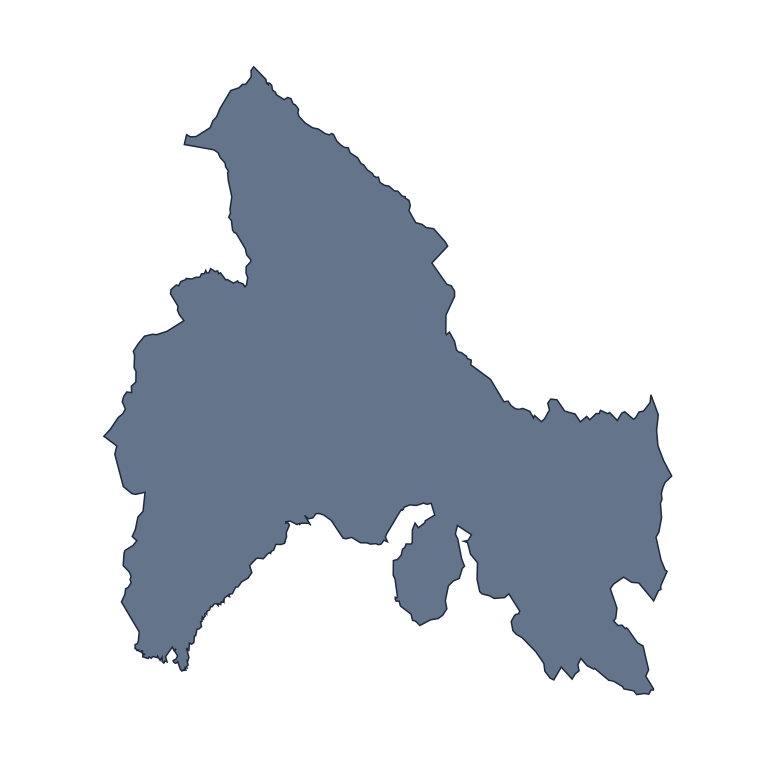 Buncrana Lea-5, Donegal, Ireland, rotated 267°
{"feature_id": "5873133B98241361012994", "entity_name": "Buncrana Lea-5", "entity_type": "district", "adm_level": 2, "iso_a3": "IRL", "parent_name": "Ireland", "parent_adm1": "Donegal", "projection": "equal_earth", "projection_center": [-7.424, 55.085], "detail": "fine", "context": "isolated", "style": "filled", "palette": "slate", "viewbox_px": 768, "rotation_deg": 267, "n_neighbors": 0, "source": "geoboundaries", "source_scale": "gbopen_adm2", "svg_char_len": 6145}
<svg xmlns="http://www.w3.org/2000/svg" viewBox="0 0 768 768"><g transform="rotate(267 384 384)"><path d="M277.0,666.5L292.9,659.2L308.0,654.3L323.5,653.8L338.9,656.3L359.2,650.0L351.6,648.8L343.4,641.8L342.7,637.2L337.0,633.4L335.7,631.3L343.7,622.9L342.5,619.9L335.3,615.1L343.7,607.9L342.6,606.0L346.3,598.8L343.2,597.3L343.4,594.4L337.5,587.6L341.0,584.7L335.9,578.1L344.1,573.2L347.4,563.1L359.2,555.9L360.2,549.7L356.2,546.5L349.4,547.9L340.8,542.5L338.2,539.2L344.7,532.6L342.2,531.5L349.1,528.2L352.4,521.2L351.6,518.2L352.3,514.1L355.7,509.8L360.4,507.0L360.0,502.8L383.1,490.6L398.6,471.7L403.3,472.4L405.1,468.5L407.4,467.8L411.5,462.6L412.1,460.0L414.5,458.1L422.8,456.7L432.4,452.1L430.0,448.9L431.4,448.4L449.6,449.5L467.8,459.1L473.1,459.3L478.5,456.4L480.3,451.9L502.3,438.1L518.3,454.8L522.6,452.7L536.5,441.7L538.0,434.4L541.4,430.3L543.5,424.1L555.6,418.1L561.1,419.6L566.1,418.5L568.5,415.0L570.0,415.0L570.5,412.2L575.9,407.8L576.3,404.5L581.4,399.2L582.4,394.9L585.5,390.5L590.9,389.2L590.7,387.2L592.5,384.4L594.9,383.4L598.8,378.4L603.9,375.2L605.3,372.6L611.2,369.6L616.7,362.2L621.8,360.7L622.4,356.7L625.0,353.3L629.0,349.6L635.9,346.6L636.9,344.9L635.7,342.5L637.0,338.5L642.1,331.7L643.6,326.1L648.8,318.9L655.7,313.1L659.2,312.2L662.9,313.1L667.4,310.0L668.4,307.9L673.8,306.1L675.2,302.8L673.2,299.2L678.5,291.7L681.2,290.8L683.2,288.1L688.1,287.5L690.2,285.8L690.7,284.1L689.1,284.1L690.7,282.4L694.4,282.0L707.6,270.4L704.1,267.7L697.6,267.4L691.9,262.7L690.4,261.1L690.7,258.5L687.4,254.7L685.1,246.3L667.8,234.7L659.6,230.8L656.0,227.0L649.1,223.8L640.9,209.3L641.0,203.5L643.3,199.9L633.6,197.1L626.8,226.3L623.7,230.3L618.4,232.4L613.2,236.8L609.1,237.2L604.7,239.9L603.2,238.9L595.3,239.2L578.8,241.8L566.4,239.3L562.7,239.7L558.8,237.6L555.1,240.2L545.9,240.8L543.2,242.2L542.2,244.3L526.3,252.6L520.1,253.6L514.9,257.5L513.2,257.4L508.4,252.5L502.1,252.0L497.2,253.5L489.7,251.7L488.4,250.1L491.4,248.5L493.2,243.9L494.6,243.3L492.6,238.9L496.5,233.1L496.3,231.4L503.6,226.5L502.8,224.5L505.7,223.8L505.1,221.2L508.3,216.9L504.1,214.8L504.2,212.9L506.7,212.0L503.5,210.3L503.6,207.5L500.3,205.7L500.4,201.5L498.9,197.6L499.8,191.9L498.7,191.7L497.0,186.5L492.9,184.1L493.8,181.8L489.5,176.3L485.3,175.5L472.3,182.4L468.5,181.6L463.9,183.3L457.7,187.5L448.0,170.1L445.1,159.3L445.8,155.6L444.3,147.3L437.3,140.9L429.7,135.3L425.8,136.4L413.3,135.3L409.4,137.0L399.0,136.3L395.0,131.6L388.6,131.5L389.5,126.7L385.2,123.4L380.0,121.7L372.6,124.4L368.0,121.6L364.4,116.8L353.2,108.4L346.5,101.5L336.1,113.9L328.0,111.5L295.2,118.3L287.6,126.7L286.8,130.4L288.4,139.7L269.5,136.7L264.0,131.3L251.8,128.1L244.9,124.6L240.4,129.0L235.9,124.9L231.4,116.7L228.8,115.6L216.3,114.0L209.8,119.7L204.9,121.4L202.2,120.2L198.7,121.1L194.2,117.8L193.0,115.2L187.9,114.4L180.1,110.4L149.2,126.6L139.8,125.1L137.7,124.1L136.8,121.8L132.3,121.5L133.1,122.0L131.0,123.2L131.4,124.8L130.6,124.5L128.9,127.7L130.2,128.0L130.0,128.9L128.3,128.3L126.2,131.3L126.9,129.0L124.2,128.8L122.2,134.0L123.7,135.3L122.3,137.2L124.0,139.0L122.6,143.2L124.1,143.6L119.7,146.0L122.8,148.1L118.4,148.0L116.8,149.5L118.7,150.6L117.8,152.8L123.2,151.6L132.3,158.8L128.9,160.3L130.5,162.4L128.1,161.0L123.2,163.7L120.0,161.7L118.9,159.0L117.7,159.1L116.0,161.0L116.6,163.0L118.3,163.3L109.6,165.7L107.9,167.2L109.9,170.1L108.5,169.6L108.6,171.2L111.2,170.5L110.8,172.4L111.8,171.9L113.7,173.7L118.2,172.9L117.9,173.7L121.1,174.9L129.1,173.2L128.5,173.9L129.8,173.7L128.6,175.3L135.5,176.1L134.2,178.2L135.7,180.6L142.3,181.5L142.5,182.8L149.0,184.4L149.1,186.4L151.3,189.1L156.1,188.4L156.5,189.8L159.9,190.2L159.1,191.1L160.3,190.9L159.6,191.5L161.7,193.3L163.8,193.0L164.4,194.3L163.5,194.9L166.2,195.2L167.6,198.0L170.8,199.1L170.5,200.6L173.3,202.9L173.4,205.4L171.5,206.8L173.2,207.0L172.4,209.5L174.6,209.7L174.5,211.9L175.8,212.2L174.8,212.8L178.4,213.2L180.8,216.4L179.7,218.7L182.1,218.2L182.6,221.6L188.9,225.2L189.0,227.6L193.8,231.4L197.2,238.0L202.6,242.1L209.7,240.3L216.0,246.9L216.8,248.7L215.8,254.3L220.7,259.2L221.5,260.8L220.7,261.9L222.8,262.6L223.8,265.1L229.5,267.6L229.1,272.5L230.1,276.3L232.1,276.9L231.1,277.7L232.3,276.9L236.4,278.7L240.6,278.6L248.1,282.2L250.6,280.6L250.2,278.7L251.5,278.7L252.0,283.1L248.2,289.7L249.1,291.9L248.1,292.4L249.4,293.9L248.7,302.2L246.6,303.5L257.0,297.9L253.3,301.3L254.0,305.9L258.2,309.5L257.9,313.0L256.5,316.8L250.5,324.2L232.2,335.0L231.4,337.8L232.5,343.7L226.7,352.2L226.2,358.9L224.8,361.9L225.0,367.3L223.8,370.3L224.4,372.9L228.0,375.8L226.3,379.2L231.0,377.4L234.2,378.8L254.6,392.5L257.6,394.7L256.9,395.8L257.9,396.8L259.8,397.5L261.9,403.3L261.0,410.0L263.0,417.3L261.6,420.6L262.4,424.9L250.5,427.8L245.2,418.0L243.4,417.6L238.7,410.8L243.5,407.7L236.7,404.7L223.9,403.9L222.8,402.7L223.1,397.7L219.6,396.2L218.2,393.9L212.2,392.2L208.0,388.2L207.2,384.1L192.5,383.2L188.7,384.8L171.0,386.3L169.6,385.6L170.5,384.1L168.7,383.9L166.4,384.9L166.5,387.7L161.4,388.8L152.7,399.0L146.5,400.1L145.5,403.1L141.0,407.2L146.1,418.2L146.9,425.8L150.1,430.6L156.2,435.0L164.4,433.9L178.9,437.7L183.7,442.9L185.9,449.0L195.8,452.6L197.8,454.9L205.2,452.4L225.3,449.6L230.4,447.4L238.9,449.9L228.9,463.4L223.4,459.8L222.8,455.5L221.3,459.1L209.4,461.5L200.7,468.0L184.1,466.7L171.7,468.7L169.2,471.0L166.9,478.5L164.1,482.8L164.4,493.3L167.9,497.7L150.1,507.7L147.3,506.3L147.1,503.6L145.8,502.1L140.1,498.6L131.1,499.8L127.1,503.0L123.3,508.8L108.7,521.6L96.6,529.0L88.8,529.6L81.6,534.5L79.6,538.1L92.0,546.2L79.4,556.4L84.4,559.7L87.4,563.8L93.5,562.9L99.6,566.2L91.9,572.2L88.3,578.6L89.0,579.5L76.4,592.9L75.2,597.7L69.2,606.5L67.0,607.5L64.5,617.4L60.6,620.1L61.3,627.7L60.4,632.2L64.7,634.9L64.2,636.9L65.5,637.2L78.5,630.1L84.7,633.3L108.8,629.0L112.3,623.6L126.9,614.4L127.7,613.4L127.0,612.3L130.7,609.1L130.6,605.0L135.5,600.8L137.7,603.1L148.0,604.9L167.7,599.3L172.1,602.7L178.6,613.2L173.0,620.9L172.0,628.0L153.3,642.0L163.5,647.4L164.3,649.8L168.0,649.8L182.1,656.9L183.4,655.1L193.6,651.5L216.9,647.6L221.8,650.8L236.0,654.2L250.4,653.8L254.4,655.6L259.9,655.2L266.3,657.2L271.1,659.6L277.0,666.5Z" fill="#64748b" stroke="#1e293b" stroke-width="1.5"/></g></svg>